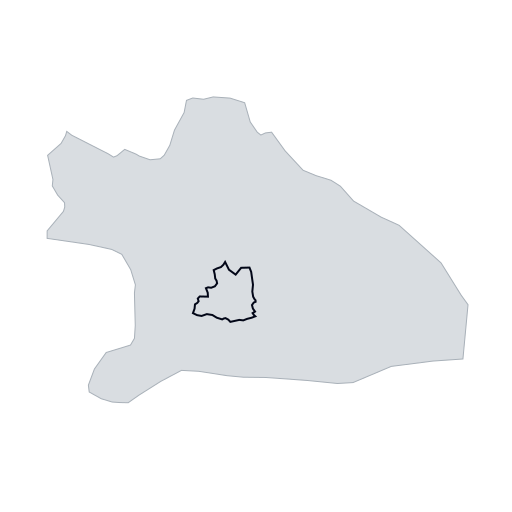 where Muramvya sits in Burundi, rotated 274°
{"feature_id": "BDI-3365", "entity_name": "Muramvya", "entity_type": "Province", "adm_level": 1, "iso_a3": "BDI", "parent_name": "Burundi", "parent_adm1": "", "projection": "natural_earth1", "projection_center": [29.66, -3.246], "detail": "fine", "context": "in_parent", "style": "outline", "palette": "ink", "viewbox_px": 512, "rotation_deg": 274, "n_neighbors": 0, "source": "natural_earth", "source_scale": "10m", "svg_char_len": 1807}
<svg xmlns="http://www.w3.org/2000/svg" viewBox="0 0 512 512"><g transform="rotate(274 256 256)"><path d="M367.1,58.5L363.6,63.8L347.7,101.3L344.7,107.0L346.4,110.4L353.2,117.6L349.2,129.4L347.6,132.5L344.6,143.6L346.3,153.7L350.1,157.4L360.4,162.3L375.9,165.9L394.1,174.3L406.4,175.8L409.2,181.9L408.7,192.8L411.7,202.2L411.7,219.1L408.1,234.0L389.3,240.9L379.6,248.6L377.0,252.4L379.4,256.8L380.6,262.9L362.9,277.7L344.8,297.0L340.4,310.1L336.8,325.5L331.5,335.3L317.6,349.5L303.5,378.1L296.6,396.6L262.0,441.1L231.2,463.4L222.2,470.9L167.7,469.6L163.5,439.6L155.3,398.6L136.5,361.6L134.5,346.1L135.4,316.3L135.5,274.3L134.2,251.7L134.6,235.3L137.0,206.7L136.7,189.6L124.4,169.9L109.0,148.9L100.7,138.7L100.3,130.4L100.3,122.7L102.8,111.6L108.7,99.1L115.5,97.8L132.0,102.7L149.3,113.3L158.4,137.0L165.4,140.5L178.2,140.4L210.7,137.3L218.8,137.7L233.6,132.0L248.3,122.0L252.5,111.6L255.9,88.3L259.0,46.4L266.5,45.9L287.1,60.8L291.5,61.8L295.8,61.3L302.9,53.9L311.7,47.9L318.1,48.1L341.9,41.1L354.7,53.7L362.8,57.6L367.1,58.5Z" fill="#d9dde1" stroke="#a8b0b8" stroke-width="1"/><path d="M194.6,197.1L199.2,198.4L203.5,198.5L205.1,200.7L206.9,201.9L209.5,200.9L211.7,202.7L212.1,210.9L216.0,210.4L220.4,208.3L221.4,210.4L221.2,213.5L222.9,217.1L226.0,219.1L228.6,218.4L230.7,216.9L234.9,216.1L239.0,214.8L240.9,218.0L242.5,221.8L245.0,224.1L247.9,225.6L240.4,230.0L236.0,237.0L243.2,242.0L244.0,250.3L239.8,252.3L227.1,255.0L220.3,254.8L215.2,256.0L212.9,257.5L211.8,258.6L210.3,258.8L209.4,257.0L206.8,255.4L203.3,256.6L200.5,258.9L198.8,256.6L196.9,258.1L195.8,259.5L194.1,255.9L192.7,251.6L190.9,247.8L191.1,243.8L188.5,235.0L190.6,232.8L191.9,229.9L191.4,228.2L190.4,226.7L191.7,221.2L194.1,216.6L194.6,211.0L192.4,205.9L192.9,201.3L194.6,197.1Z" fill="none" stroke="#020617" stroke-width="2"/></g></svg>